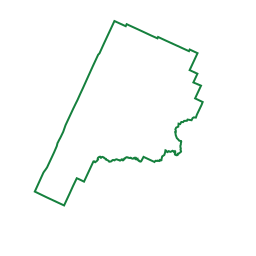 Park, Wyoming, United States of America, rotated 295°
{"feature_id": "52423323B43974987892868", "entity_name": "Park", "entity_type": "district", "adm_level": 2, "iso_a3": "USA", "parent_name": "United States of America", "parent_adm1": "Wyoming", "projection": "robinson", "projection_center": [-110.026, 44.405], "detail": "fine", "context": "isolated", "style": "outline", "palette": "green", "viewbox_px": 256, "rotation_deg": 295, "n_neighbors": 0, "source": "geoboundaries", "source_scale": "gbopen_adm2", "svg_char_len": 3986}
<svg xmlns="http://www.w3.org/2000/svg" viewBox="0 0 256 256"><g transform="rotate(295 128 128)"><path d="M31.8,70.4L31.0,70.4L30.9,76.7L30.9,76.9L30.8,83.4L30.8,94.7L30.8,97.1L30.8,102.8L35.1,102.8L37.5,102.8L43.7,102.8L52.2,102.7L60.8,102.8L60.9,105.8L60.8,110.8L71.2,110.8L83.1,110.8L83.5,111.3L83.4,112.2L83.1,112.3L83.1,112.7L83.5,112.9L83.9,113.1L84.2,113.3L84.7,113.6L85.3,113.8L85.8,113.9L86.3,114.1L86.6,114.1L86.8,114.1L86.9,113.8L87.0,113.6L87.4,113.5L87.8,113.5L88.1,113.4L88.5,113.5L89.1,113.8L89.7,114.2L90.1,114.7L90.2,114.9L90.0,115.1L89.8,115.2L89.7,115.4L89.6,115.6L89.5,115.8L89.6,116.1L89.8,116.1L90.0,116.0L90.3,116.2L90.7,116.6L91.0,117.0L91.1,117.4L91.0,117.7L91.0,118.0L90.9,118.3L91.0,118.7L91.0,119.0L90.7,119.3L90.6,119.7L90.6,120.0L90.7,120.6L90.7,120.8L90.7,121.1L90.6,121.3L90.4,121.5L90.1,121.5L90.1,121.9L90.1,122.3L90.1,122.6L90.2,123.2L90.1,123.7L89.9,124.4L89.9,124.9L89.6,125.0L89.6,125.4L89.9,125.8L90.1,126.0L90.3,126.5L90.6,126.8L90.8,126.9L91.1,127.1L91.4,127.2L91.6,127.3L91.9,127.4L92.3,127.5L92.5,127.7L92.8,128.1L92.8,128.5L92.9,128.9L92.9,129.1L93.0,129.5L93.4,129.6L93.8,129.8L94.0,130.0L94.4,130.4L94.7,130.7L94.8,131.1L94.9,131.5L94.9,132.0L94.9,132.4L95.0,132.8L95.0,133.2L95.2,133.7L95.0,134.1L95.1,134.5L95.3,134.8L95.8,135.1L96.4,135.3L96.8,135.4L96.9,135.7L96.9,135.8L97.0,136.0L96.9,136.0L96.9,136.3L96.8,136.2L96.7,136.3L96.6,136.5L96.8,136.6L96.7,136.7L96.6,137.0L96.8,137.4L97.2,137.5L98.1,137.4L98.3,137.6L98.3,137.8L98.6,137.9L99.1,137.8L99.2,138.0L99.5,138.4L100.2,138.5L101.0,139.2L101.3,140.3L101.1,140.8L101.4,141.5L101.5,142.1L101.7,142.7L102.2,143.0L102.2,143.5L102.0,144.4L102.2,145.3L102.7,145.9L103.3,146.3L103.5,146.2L103.7,146.4L103.9,146.7L103.5,146.9L103.2,147.0L103.1,147.6L103.5,147.8L104.0,148.1L103.6,148.5L103.5,148.4L103.1,148.6L103.3,149.1L103.6,149.4L104.0,149.2L104.2,149.6L103.6,149.9L103.2,150.1L103.2,150.5L103.3,150.6L103.3,151.0L103.2,151.4L102.8,151.6L102.8,152.1L102.7,152.4L102.9,152.6L102.8,153.0L102.8,153.3L103.0,153.4L103.1,153.8L103.4,154.0L108.4,154.3L108.4,156.3L108.4,165.0L108.4,166.3L108.8,166.3L110.0,166.9L110.1,167.2L110.0,167.4L110.2,167.7L110.4,168.0L110.6,168.3L110.8,168.5L110.7,168.7L110.9,168.9L111.1,169.1L111.1,169.4L111.1,169.7L111.2,170.2L111.3,170.3L111.6,170.2L112.0,170.3L112.5,170.4L112.5,170.5L112.5,171.0L112.4,171.2L112.4,171.4L112.5,171.5L112.9,171.9L114.1,171.5L116.7,171.0L118.9,172.3L121.9,171.9L122.7,171.6L123.6,171.4L123.6,172.2L122.9,173.1L122.9,174.1L123.6,174.3L124.2,174.6L124.3,175.3L124.2,176.2L124.5,176.8L125.8,177.7L126.2,178.0L126.2,179.0L125.9,179.2L125.7,179.6L126.0,180.0L126.7,180.2L126.9,180.3L126.8,180.6L126.5,180.8L125.8,181.1L125.1,181.2L124.4,181.3L123.9,181.7L123.7,182.3L124.1,182.8L123.8,183.4L124.2,184.1L124.9,184.5L125.6,184.3L125.8,184.1L126.0,184.4L126.1,184.6L126.4,184.9L126.7,184.9L127.1,185.2L127.7,185.5L128.4,185.9L128.8,186.0L129.2,186.0L129.4,185.8L129.7,185.5L130.2,185.1L130.8,184.8L130.9,184.6L131.3,184.6L132.0,184.4L132.5,183.8L133.4,183.3L134.3,182.9L135.2,182.9L136.1,182.5L137.1,182.2L138.0,182.1L138.6,181.6L138.3,180.6L138.2,179.6L138.7,178.7L139.5,176.5L141.8,174.2L143.0,173.5L144.2,172.5L144.6,173.0L145.7,172.5L146.8,171.5L148.7,171.5L150.5,173.0L153.3,172.0L153.6,173.6L156.0,173.8L156.6,175.4L158.2,175.9L159.4,178.3L160.8,178.4L161.9,182.3L164.3,182.4L165.4,183.1L166.1,185.1L169.2,184.8L180.1,184.9L183.1,184.7L183.2,176.3L197.2,176.3L196.9,168.0L206.5,168.0L206.5,159.4L225.2,159.4L225.2,150.8L223.4,150.8L223.2,125.7L223.2,116.8L221.7,116.8L221.6,109.9L221.6,93.9L221.5,82.9L219.3,82.9L219.2,70.5L214.4,70.5L193.7,70.5L185.1,70.6L183.5,70.6L181.9,70.0L169.5,70.0L169.1,70.0L160.8,70.1L160.0,70.1L145.5,70.3L138.6,70.3L131.8,70.4L128.2,70.3L122.2,70.2L113.0,70.2L112.5,70.2L110.6,70.2L104.1,70.2L97.1,70.9L90.4,70.8L87.5,70.6L86.1,70.6L84.5,70.5L81.4,71.1L74.8,71.3L70.3,71.3L69.9,71.3L58.0,71.3L54.5,70.7L53.7,70.5L51.9,70.2L31.8,70.4L31.8,70.4Z" fill="none" stroke="#15803d" stroke-width="2"/></g></svg>